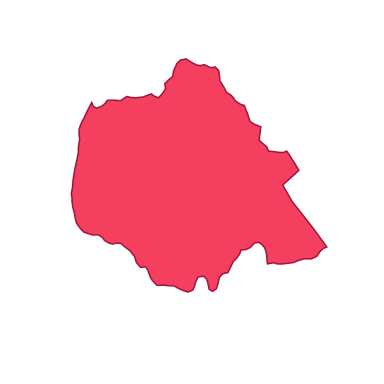 Paracuru, Ceará, Brazil, rotated 225°
{"feature_id": "56859067B64518825165882", "entity_name": "Paracuru", "entity_type": "district", "adm_level": 2, "iso_a3": "BRA", "parent_name": "Brazil", "parent_adm1": "Ceará", "projection": "robinson", "projection_center": [-39.039, -3.479], "detail": "fine", "context": "isolated", "style": "filled", "palette": "rose", "viewbox_px": 384, "rotation_deg": 225, "n_neighbors": 0, "source": "geoboundaries", "source_scale": "gbopen_adm2", "svg_char_len": 2059}
<svg xmlns="http://www.w3.org/2000/svg" viewBox="0 0 384 384"><g transform="rotate(225 192 192)"><path d="M326.2,184.4L322.8,173.7L320.7,168.2L319.6,164.2L317.7,159.4L315.9,156.2L312.3,152.6L308.9,150.1L306.7,147.1L303.8,143.1L300.4,139.7L297.4,135.3L294.6,130.9L292.1,127.0L288.7,122.0L285.0,117.0L282.7,114.2L279.7,110.7L276.0,105.3L273.1,103.3L269.7,100.1L265.8,97.2L259.8,93.6L255.7,90.7L251.8,88.4L248.1,87.7L244.6,87.2L239.9,87.2L236.2,89.1L231.8,91.4L228.1,95.4L223.2,96.5L219.7,95.9L214.7,97.2L211.4,98.9L209.2,102.6L206.2,105.3L200.7,105.7L194.5,106.6L186.9,105.7L181.7,102.9L175.0,102.3L172.0,106.3L168.4,105.7L163.6,103.4L159.3,101.7L155.8,101.3L150.7,101.2L146.3,105.9L142.1,109.3L138.6,112.8L134.5,113.9L128.3,116.2L124.1,118.4L122.1,123.2L123.5,127.1L125.9,131.1L127.6,136.3L124.3,140.5L120.7,140.9L117.6,139.5L114.7,137.7L111.1,135.3L107.2,136.3L106.3,140.7L108.9,145.7L112.3,151.0L112.4,156.0L109.6,160.4L111.5,165.9L113.6,172.1L113.6,176.9L114.5,181.9L116.3,185.9L113.6,188.7L111.5,194.0L111.8,200.2L109.3,203.5L105.4,204.3L101.3,204.0L97.2,202.0L94.3,199.9L91.4,197.4L87.8,194.5L84.2,199.8L80.9,201.4L77.4,204.8L73.8,209.4L70.5,213.7L68.1,219.3L65.3,224.3L60.4,229.0L58.3,234.7L59.4,240.2L59.3,244.9L57.8,248.4L76.9,251.5L94.3,253.7L114.7,256.1L132.8,261.1L131.7,282.9L138.1,284.5L142.5,285.5L148.5,286.9L154.0,287.9L155.5,284.3L159.3,280.9L163.6,277.7L166.8,275.0L171.1,276.8L181.0,276.0L189.5,286.8L195.2,284.2L200.7,282.9L204.4,284.7L208.6,286.9L212.1,288.3L216.2,290.1L220.2,288.2L225.8,287.1L229.6,287.9L233.0,288.1L237.9,286.8L243.6,288.7L250.7,290.3L255.4,294.1L259.1,296.8L264.2,296.7L266.1,293.6L269.7,291.9L273.3,290.8L275.3,287.5L278.4,285.1L283.4,283.5L290.3,281.9L293.5,277.0L293.5,272.0L291.7,267.4L290.3,264.0L287.4,260.2L287.8,255.5L287.9,249.5L283.7,246.3L282.5,240.5L282.3,235.0L286.1,233.2L290.1,232.6L291.9,228.9L293.7,224.6L298.6,218.7L302.2,215.5L305.6,213.5L307.2,205.9L311.9,202.0L316.6,197.2L316.1,192.8L316.4,189.1L318.6,184.0L322.1,182.7L326.2,184.4Z" fill="#f43f5e" stroke="#9f1239" stroke-width="1.5"/></g></svg>